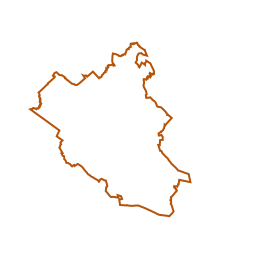 Zantes pag., Kandavas, Latvia, rotated 44°
{"feature_id": "27541924B93807548705439", "entity_name": "Zantes pag.", "entity_type": "district", "adm_level": 2, "iso_a3": "LVA", "parent_name": "Latvia", "parent_adm1": "Kandavas", "projection": "natural_earth1", "projection_center": [22.704, 56.858], "detail": "fine", "context": "isolated", "style": "outline", "palette": "amber", "viewbox_px": 256, "rotation_deg": 44, "n_neighbors": 0, "source": "geoboundaries", "source_scale": "gbopen_adm2", "svg_char_len": 5416}
<svg xmlns="http://www.w3.org/2000/svg" viewBox="0 0 256 256"><g transform="rotate(44 128 128)"><path d="M107.2,69.0L99.2,66.0L94.4,66.9L95.1,67.6L95.1,69.4L96.4,70.7L96.0,70.7L92.5,71.4L94.1,76.4L93.1,76.5L92.9,76.0L90.9,75.5L88.1,75.7L87.6,73.8L87.0,72.5L86.8,72.3L85.5,71.3L84.9,70.2L84.4,69.0L84.4,68.7L83.9,67.1L85.7,64.8L87.5,64.9L91.4,62.8L86.9,60.8L85.7,60.1L85.1,60.6L79.8,61.5L79.8,61.3L79.6,61.3L79.4,61.1L79.0,61.0L78.8,61.0L77.5,61.4L75.7,60.5L75.1,60.4L75.0,60.5L74.9,61.1L74.6,62.0L74.4,62.2L73.8,62.5L73.6,62.6L73.9,63.0L74.0,63.2L73.7,63.9L73.5,64.1L73.3,64.1L73.0,64.0L72.6,64.1L72.6,64.5L72.0,64.7L71.7,64.9L71.5,65.3L71.4,65.5L71.7,66.1L72.3,66.5L73.0,67.0L73.3,67.4L73.4,67.6L73.7,67.8L73.6,68.1L73.4,68.3L73.2,68.4L73.2,68.6L73.3,68.7L73.1,69.0L72.9,69.6L73.0,70.1L73.7,70.8L72.8,71.5L72.7,72.6L73.1,73.0L73.2,73.7L73.9,74.8L74.1,76.0L74.5,76.3L74.9,77.0L74.3,77.4L73.7,78.1L73.5,78.6L73.7,78.9L73.5,79.0L73.5,79.6L73.0,79.8L73.0,80.7L73.1,81.2L71.1,82.6L70.4,82.3L67.5,83.6L65.4,84.9L67.0,87.2L70.1,90.8L71.5,91.7L74.2,92.1L74.9,92.4L74.4,93.2L72.8,93.3L72.2,94.1L71.3,95.5L70.2,96.3L70.4,97.8L71.5,97.8L71.8,99.5L71.6,99.7L71.3,99.8L71.3,100.1L70.9,100.2L71.4,100.8L72.2,101.0L72.7,101.4L72.0,102.4L72.2,103.1L73.1,103.5L73.0,103.9L72.4,105.0L72.8,106.8L72.6,108.1L73.3,109.3L73.2,110.7L72.4,111.3L72.5,112.3L63.6,111.8L63.0,119.4L61.4,119.3L59.9,121.2L59.6,121.3L62.6,122.0L62.2,126.9L62.1,128.4L62.0,129.5L61.9,129.9L61.5,132.3L60.2,133.7L58.7,133.9L57.5,134.7L56.9,135.1L52.2,135.5L51.5,135.5L51.2,135.8L50.2,135.6L48.2,136.0L47.8,135.3L43.6,136.0L42.0,137.5L37.7,137.6L37.0,139.4L37.7,142.6L39.4,142.1L39.5,141.9L39.9,142.1L40.0,142.4L39.6,148.9L39.3,151.5L39.6,151.7L39.9,152.2L39.5,153.8L39.6,154.0L39.3,162.3L39.0,164.6L40.4,164.9L40.6,165.1L41.3,165.6L41.4,165.8L41.6,165.9L41.5,166.1L41.7,166.7L42.2,166.9L42.2,167.0L42.9,167.1L43.0,167.2L43.2,167.5L43.3,167.4L43.9,167.6L44.4,167.5L44.5,167.6L44.5,167.9L44.7,168.0L45.3,168.4L45.2,168.7L45.3,168.8L45.3,169.0L45.5,169.1L45.9,169.0L46.0,169.2L46.0,169.3L45.6,169.4L45.7,169.5L45.9,169.6L45.7,169.7L46.0,170.1L46.6,170.7L46.8,170.7L47.0,170.4L47.7,170.4L48.0,170.7L48.5,170.7L48.6,171.0L48.3,171.5L48.5,171.7L48.8,171.5L49.0,171.7L49.1,171.8L48.9,172.0L48.7,172.1L48.8,172.2L49.0,172.2L49.0,172.3L48.6,172.7L48.7,172.9L49.4,173.3L49.6,173.7L49.9,173.9L49.9,174.1L49.5,174.2L49.2,174.4L49.4,174.6L49.6,174.8L50.0,175.4L50.0,175.9L49.8,176.2L49.8,176.6L49.4,176.9L49.2,176.7L49.0,176.9L49.0,177.4L48.5,177.7L48.5,177.8L48.7,178.1L48.2,178.2L47.8,178.5L47.4,178.6L47.2,179.0L46.6,179.1L46.2,179.2L46.1,179.4L46.1,179.6L45.8,179.8L45.8,180.1L45.9,180.3L45.9,180.9L45.8,181.1L45.8,181.4L45.2,181.7L45.1,182.0L44.8,182.2L44.7,182.4L54.1,181.1L61.0,180.1L80.4,177.4L81.5,180.8L82.5,183.5L89.5,182.4L89.5,185.4L90.4,185.9L91.2,186.2L91.2,187.4L92.3,189.1L92.3,189.8L98.4,191.5L97.8,192.5L98.8,192.8L100.2,193.4L101.3,192.8L101.6,192.7L102.3,193.3L103.8,194.7L104.5,194.7L104.9,194.6L106.3,195.0L106.6,195.1L107.8,195.9L109.1,194.9L111.5,194.3L113.5,194.4L114.2,194.6L114.4,194.5L114.2,193.7L114.6,193.4L114.7,193.2L115.0,192.0L116.0,192.4L116.8,188.8L120.4,188.0L122.4,187.9L126.6,188.5L129.4,188.7L131.2,189.0L131.7,189.0L132.8,188.6L135.1,188.5L137.1,187.8L138.1,187.7L140.6,187.1L142.2,186.6L143.6,186.5L144.2,186.9L144.4,186.9L144.4,186.1L144.1,185.5L143.8,184.9L144.1,183.3L144.4,182.8L145.8,182.5L147.5,182.0L148.2,181.5L148.4,181.2L149.4,181.6L150.1,182.0L153.4,184.1L153.7,184.9L153.4,185.6L155.9,188.9L157.6,188.9L158.8,189.1L161.7,189.5L163.3,189.5L163.9,189.3L164.8,188.1L169.4,184.8L168.4,184.4L167.7,183.8L167.2,183.5L170.4,181.9L173.0,183.1L171.5,185.6L175.7,188.9L177.1,187.8L180.6,184.9L180.8,184.2L181.5,184.0L183.5,182.5L185.4,180.8L188.0,177.8L189.3,176.6L196.5,173.6L204.7,170.8L205.8,170.4L208.8,169.5L210.7,168.8L213.1,167.0L216.1,164.8L216.2,164.6L217.4,163.8L218.9,162.9L218.9,162.5L219.0,160.7L219.0,158.3L218.7,156.3L212.6,153.1L211.4,152.9L210.8,151.4L209.4,150.8L209.6,150.7L207.6,148.3L207.3,148.4L206.9,147.7L207.0,147.5L207.1,144.6L206.9,143.1L206.7,141.0L206.9,140.2L206.6,139.0L206.2,138.8L205.2,139.0L204.8,138.4L203.4,138.6L202.4,138.6L202.2,138.5L202.2,138.4L201.7,137.7L202.2,137.5L203.6,136.1L204.2,135.9L203.1,133.6L203.5,133.3L201.2,130.1L200.9,129.7L210.5,123.6L205.0,119.9L203.7,119.0L194.3,123.3L193.4,123.8L192.2,123.5L189.8,123.4L184.1,123.5L182.0,123.1L179.3,122.8L178.2,122.3L174.2,122.4L169.7,122.1L168.1,121.3L166.9,122.1L165.2,121.1L161.6,119.2L162.8,118.3L159.5,114.5L161.2,112.4L159.0,110.2L156.8,109.8L156.2,111.0L155.9,111.6L155.4,112.0L153.7,110.6L154.3,108.7L154.2,107.9L154.6,107.9L154.7,105.3L154.1,103.6L154.2,103.3L152.9,101.4L152.8,101.0L152.1,100.2L153.0,100.2L152.7,98.9L152.7,98.0L152.5,90.4L147.8,90.7L147.7,90.8L147.7,90.7L145.6,90.8L145.3,90.4L143.1,90.2L139.9,90.1L137.3,90.2L134.7,91.9L134.7,92.0L134.0,92.2L129.7,90.3L129.8,90.3L127.8,90.4L126.6,90.7L122.6,90.5L121.9,91.8L120.2,93.6L117.9,91.9L117.9,90.6L115.0,88.8L111.1,87.6L109.5,86.6L109.4,86.5L108.6,84.9L107.6,83.8L105.8,82.5L105.4,81.9L106.9,80.8L107.6,80.7L107.6,80.0L107.0,79.3L107.9,78.7L107.5,78.1L106.6,78.2L106.3,78.0L106.2,77.8L106.3,76.9L107.1,76.7L107.5,76.2L108.8,76.2L108.6,75.0L108.5,74.8L107.1,74.9L106.9,74.2L105.9,74.0L105.6,73.6L105.5,73.2L108.2,72.7L108.1,72.1L108.7,72.0L108.6,71.7L108.6,71.4L109.1,71.0L107.7,69.7L107.4,69.4L107.2,69.0Z" fill="none" stroke="#b45309" stroke-width="2"/></g></svg>